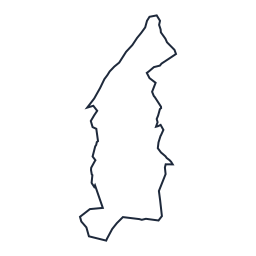 Mkpat Enin, Akwa Ibom, Nigeria (Albers equal-area conic projection)
{"feature_id": "59680162B9896757167153", "entity_name": "Mkpat Enin", "entity_type": "district", "adm_level": 2, "iso_a3": "NGA", "parent_name": "Nigeria", "parent_adm1": "Akwa Ibom", "projection": "albers", "projection_center": [7.765, 4.712], "detail": "fine", "context": "isolated", "style": "outline", "palette": "slate", "viewbox_px": 256, "rotation_deg": 0, "n_neighbors": 0, "source": "geoboundaries", "source_scale": "gbopen_adm2", "svg_char_len": 1287}
<svg xmlns="http://www.w3.org/2000/svg" viewBox="0 0 256 256"><path d="M158.5,220.5L161.9,216.1L160.1,200.1L158.9,191.0L165.6,174.1L164.9,167.5L165.7,164.3L172.7,164.4L171.1,161.8L169.5,160.1L166.7,158.0L165.5,156.3L162.7,153.9L161.0,152.5L157.8,148.2L158.5,142.4L160.5,136.0L160.9,135.4L163.4,129.9L160.6,124.9L158.2,126.1L156.0,126.7L157.6,122.2L156.7,119.0L158.1,115.6L159.9,109.1L161.1,108.1L161.0,106.7L154.8,97.1L154.7,97.0L153.8,96.0L152.1,91.8L155.6,82.8L149.5,78.1L149.4,77.9L146.8,72.9L149.1,71.2L153.9,67.1L159.9,65.6L161.5,63.6L176.0,54.0L174.5,49.9L167.0,42.3L165.4,38.7L160.9,32.4L160.6,29.4L159.1,24.9L160.0,20.8L156.7,15.4L149.5,16.8L147.0,20.8L145.2,27.4L141.2,32.9L137.1,37.9L132.4,45.0L126.1,51.8L119.2,62.6L114.3,66.6L109.7,71.4L107.4,75.1L104.4,79.1L100.1,88.0L94.2,98.5L87.2,107.6L93.3,105.8L97.2,110.8L94.3,115.1L90.8,121.0L92.6,127.1L96.3,128.8L98.0,141.1L96.8,142.1L96.2,144.9L95.2,146.4L92.6,156.5L95.4,160.2L94.9,161.0L91.2,167.7L91.0,170.0L91.8,174.5L92.4,175.1L91.6,182.7L91.9,183.4L94.2,186.9L95.0,185.3L102.8,207.9L89.9,209.1L80.0,216.8L81.3,221.5L86.4,227.4L88.9,236.3L92.1,237.1L106.2,240.6L106.9,238.9L112.2,229.0L116.8,223.2L122.9,217.1L139.3,219.1L141.8,219.8L145.9,218.8L157.9,220.4L158.5,220.5Z" fill="none" stroke="#1e293b" stroke-width="2"/></svg>